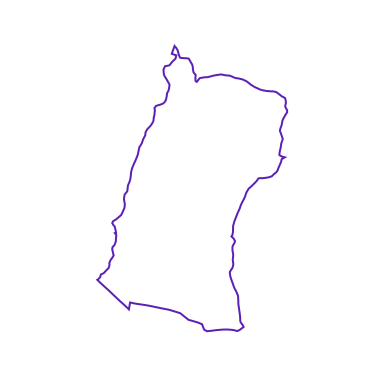 outline of Kitutu Masaba, Nyanza, Kenya, rotated 76°
{"feature_id": "3690345B6563140226542", "entity_name": "Kitutu Masaba", "entity_type": "district", "adm_level": 2, "iso_a3": "KEN", "parent_name": "Kenya", "parent_adm1": "Nyanza", "projection": "mercator", "projection_center": [34.893, -0.689], "detail": "fine", "context": "isolated", "style": "outline", "palette": "violet", "viewbox_px": 384, "rotation_deg": 76, "n_neighbors": 0, "source": "geoboundaries", "source_scale": "gbopen_adm2", "svg_char_len": 3926}
<svg xmlns="http://www.w3.org/2000/svg" viewBox="0 0 384 384"><g transform="rotate(76 192 192)"><path d="M335.5,174.6L333.8,174.9L332.9,175.2L330.5,176.2L329.0,176.4L326.6,175.9L324.8,175.5L322.4,175.2L319.6,174.9L317.7,174.7L315.6,174.5L313.8,174.3L311.7,174.1L309.3,173.5L308.3,173.3L306.8,173.0L304.1,172.5L303.0,172.5L301.7,172.8L298.8,173.2L297.8,173.5L296.5,173.9L293.9,174.3L293.0,174.4L291.4,174.5L287.8,174.9L285.0,175.1L283.5,175.2L282.5,175.2L278.8,174.7L276.4,172.2L275.7,171.4L274.9,170.8L272.9,169.7L271.7,169.3L270.2,169.2L267.3,168.8L265.6,168.1L263.5,167.4L261.8,167.0L258.6,166.9L255.7,166.2L254.8,165.9L253.7,165.1L252.0,163.4L251.0,162.7L250.0,162.1L247.1,162.9L244.7,164.5L243.5,163.2L240.7,161.9L237.3,161.0L234.6,160.2L233.1,159.3L230.6,157.9L228.3,156.2L226.9,155.3L224.4,153.5L223.2,152.6L222.1,151.7L219.3,149.5L217.0,148.1L214.3,146.0L213.3,145.1L212.2,144.0L209.5,141.8L206.8,140.1L205.3,139.0L202.4,136.1L201.8,134.8L200.0,131.6L198.7,129.4L197.1,126.8L194.9,124.2L195.0,122.4L195.7,120.3L195.8,119.1L196.0,117.6L196.3,114.2L196.1,110.9L194.4,108.0L193.2,105.4L192.1,104.0L189.7,102.4L188.4,101.4L187.1,100.4L184.5,98.4L181.8,97.0L180.8,93.6L179.7,95.7L177.9,97.8L177.1,98.3L175.3,97.6L173.4,96.8L170.2,95.1L167.1,93.9L165.6,93.1L163.9,91.9L162.5,91.1L158.4,91.4L156.8,91.6L154.7,91.8L153.7,91.9L150.7,90.2L149.8,89.5L148.9,88.9L146.6,87.9L145.5,87.4L144.1,86.6L142.6,85.3L141.4,84.3L139.4,82.3L138.7,81.5L137.7,80.4L135.4,79.9L133.9,80.5L131.7,80.9L130.2,80.3L128.2,79.3L125.6,78.9L123.3,79.0L121.6,80.9L120.9,81.7L120.0,82.4L118.0,83.9L115.4,86.1L113.7,89.6L113.6,90.6L112.8,92.8L112.4,94.2L111.9,95.5L110.4,98.8L108.8,101.5L107.5,103.0L105.5,105.6L103.7,107.4L101.8,109.2L98.9,111.4L97.8,112.3L96.8,113.5L95.3,115.3L94.7,116.2L93.5,118.6L92.9,119.8L92.2,121.7L91.7,122.6L90.9,123.7L88.4,126.9L87.9,128.2L86.7,131.7L85.4,134.3L84.9,135.7L84.5,139.7L84.4,141.2L84.3,142.8L84.3,146.0L84.4,148.7L83.7,152.3L83.4,157.0L86.3,160.7L85.2,161.7L82.4,161.2L79.4,160.1L76.5,161.5L73.5,161.5L72.4,161.3L71.1,161.0L68.4,161.0L65.0,162.0L61.8,162.9L61.0,164.7L60.3,167.1L59.3,170.1L58.6,171.2L55.3,171.6L53.0,171.6L51.4,171.6L48.7,172.3L46.1,173.6L53.0,178.2L55.6,174.2L57.1,175.0L58.6,175.7L60.8,179.6L63.6,183.2L63.6,184.9L63.4,187.7L66.4,190.1L70.8,190.8L72.9,190.6L75.0,189.9L77.3,189.2L78.8,188.8L82.3,187.8L83.7,188.3L84.9,188.8L87.7,190.1L90.2,192.3L93.5,193.6L95.5,194.6L96.7,195.3L98.3,197.0L99.2,198.8L99.6,201.8L99.6,203.6L99.8,206.2L101.4,208.1L104.0,208.3L105.4,208.9L107.9,209.7L110.7,211.2L113.2,212.0L114.4,212.7L117.0,215.3L118.6,217.5L119.6,219.2L120.2,220.0L120.8,220.8L122.8,222.6L125.8,223.7L127.7,225.5L128.6,226.3L129.6,227.0L132.4,228.8L133.6,229.9L134.9,231.3L135.6,232.0L136.5,232.6L139.4,234.0L142.3,235.4L143.6,236.2L145.4,237.5L146.8,238.5L148.1,239.5L150.6,241.5L152.3,242.8L154.2,244.2L155.7,245.1L158.5,246.5L159.5,246.8L160.8,247.2L163.0,248.1L164.5,248.7L167.1,250.2L169.5,252.1L170.7,252.8L173.2,253.7L175.4,254.5L176.5,255.7L178.1,257.9L181.4,259.4L182.6,259.7L183.9,259.9L186.9,260.0L190.0,260.9L191.5,261.7L193.4,263.2L194.5,264.0L195.3,264.7L197.3,266.4L198.6,269.1L200.1,272.0L201.2,275.5L202.8,276.9L205.3,276.2L206.6,275.4L210.1,275.4L212.4,275.4L213.5,275.6L213.3,276.7L215.8,275.9L218.5,277.0L221.4,277.8L223.5,279.2L224.9,280.2L226.1,282.3L228.2,283.3L230.5,283.3L232.4,283.4L234.5,283.3L236.3,285.0L238.5,287.6L240.7,289.3L242.8,289.7L245.6,291.3L247.4,294.3L249.4,297.3L250.0,300.4L252.3,301.6L254.0,304.0L254.3,305.1L257.9,302.9L263.4,299.3L267.1,296.8L280.3,288.4L285.4,284.9L290.6,281.6L284.2,278.8L286.0,275.3L287.5,271.8L289.7,266.4L291.8,261.5L298.3,248.0L300.5,243.2L303.0,238.9L306.7,232.8L315.2,226.3L319.8,218.2L322.8,214.2L325.9,213.9L328.7,213.4L329.9,211.9L330.7,211.3L331.0,209.0L331.4,206.4L331.9,202.0L332.4,198.7L333.1,194.6L334.2,190.2L335.9,185.3L337.9,181.6L337.3,179.0L335.5,174.6Z" fill="none" stroke="#5b21b6" stroke-width="2"/></g></svg>